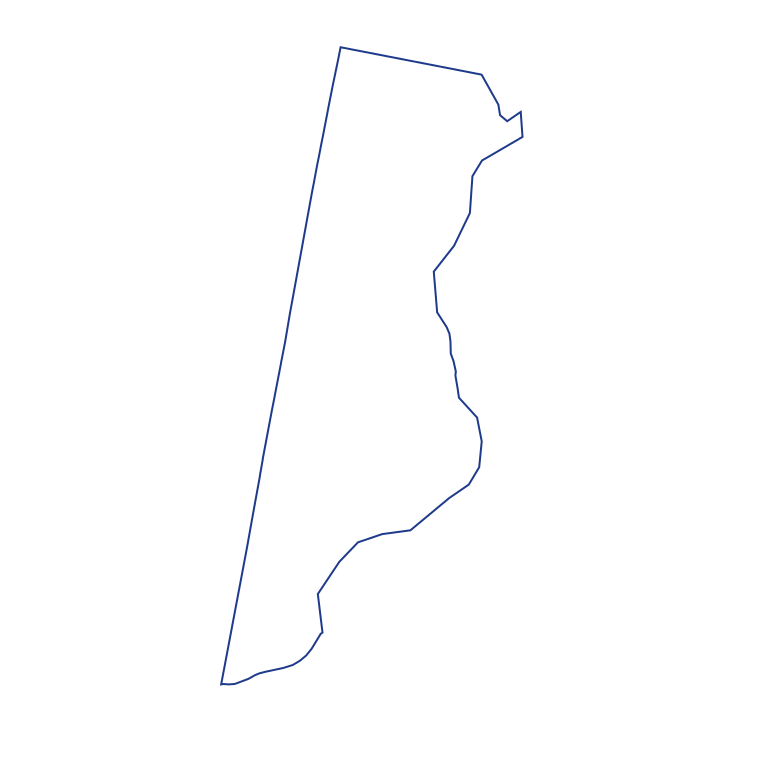 the district of Lauderdale, Alabama, United States of America, rotated 280°
{"feature_id": "52423323B76716649378452", "entity_name": "Lauderdale", "entity_type": "district", "adm_level": 2, "iso_a3": "USA", "parent_name": "United States of America", "parent_adm1": "Alabama", "projection": "robinson", "projection_center": [-87.729, 34.87], "detail": "fine", "context": "isolated", "style": "outline", "palette": "blue", "viewbox_px": 768, "rotation_deg": 280, "n_neighbors": 0, "source": "geoboundaries", "source_scale": "gbopen_adm2", "svg_char_len": 1174}
<svg xmlns="http://www.w3.org/2000/svg" viewBox="0 0 768 768"><g transform="rotate(280 384 384)"><path d="M128.5,366.6L165.7,355.3L201.2,370.9L223.6,385.9L235.9,408.4L244.5,435.4L283.0,468.0L299.7,485.0L318.6,492.2L344.5,490.2L367.1,481.5L383.5,460.2L392.3,457.3L404.6,452.9L407.4,452.6L408.4,452.7L418.6,448.5L425.5,444.5L437.7,442.0L444.9,439.7L450.8,435.9L463.8,423.9L503.3,413.5L532.3,429.0L567.3,438.9L604.0,435.0L621.1,441.7L651.4,477.5L675.7,471.4L664.2,459.7L668.9,451.6L679.0,448.1L705.6,426.4L708.1,282.8L704.2,282.7L699.4,282.6L695.1,282.5L669.3,281.7L650.3,281.3L617.6,280.8L611.0,280.6L596.8,280.4L590.1,280.2L573.1,280.0L570.4,280.0L565.7,279.9L560.2,279.8L449.8,279.2L437.4,279.1L411.9,279.3L407.2,279.3L390.5,279.0L388.1,278.9L387.0,279.0L382.3,278.9L350.0,278.4L344.3,278.3L340.4,278.2L289.3,277.6L288.3,277.7L288.2,277.7L275.7,277.7L272.4,277.7L272.2,277.8L240.2,277.6L209.8,277.5L202.4,277.5L192.5,277.4L59.9,275.8L60.6,277.8L61.3,283.8L61.8,285.5L62.6,289.0L70.1,301.7L74.9,307.6L77.4,311.5L80.0,317.2L86.9,334.2L91.4,342.9L96.8,349.2L101.2,352.9L103.1,354.5L110.7,358.7L127.1,365.1L128.5,366.6Z" fill="none" stroke="#1e3a8a" stroke-width="2"/></g></svg>